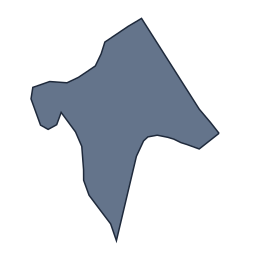 the district of Bupyeong-gu, Incheon, South Korea, rotated 56°
{"feature_id": "91817680B45509654992593", "entity_name": "Bupyeong-gu", "entity_type": "district", "adm_level": 2, "iso_a3": "KOR", "parent_name": "South Korea", "parent_adm1": "Incheon", "projection": "albers", "projection_center": [126.732, 37.486], "detail": "fine", "context": "isolated", "style": "filled", "palette": "slate", "viewbox_px": 256, "rotation_deg": 56, "n_neighbors": 0, "source": "geoboundaries", "source_scale": "gbopen_adm2", "svg_char_len": 577}
<svg xmlns="http://www.w3.org/2000/svg" viewBox="0 0 256 256"><g transform="rotate(56 128 128)"><path d="M214.9,200.6L156.2,136.9L147.4,122.3L146.5,116.5L150.3,107.8L158.1,100.1L162.9,96.2L169.7,92.3L174.6,88.4L185.2,80.7L183.3,55.4L183.3,55.5L169.7,56.5L152.3,58.4L44.7,55.5L43.8,71.0L43.8,99.1L51.5,108.8L58.3,120.4L58.3,140.7L56.4,153.3L45.7,166.9L41.1,184.2L49.6,192.1L76.7,198.9L84.5,195.0L85.4,185.3L77.7,174.7L101.9,173.7L117.4,176.6L137.8,188.2L146.5,194.0L162.0,197.9L181.4,196.9L197.8,196.0L214.9,200.6Z" fill="#64748b" stroke="#1e293b" stroke-width="1.5"/></g></svg>